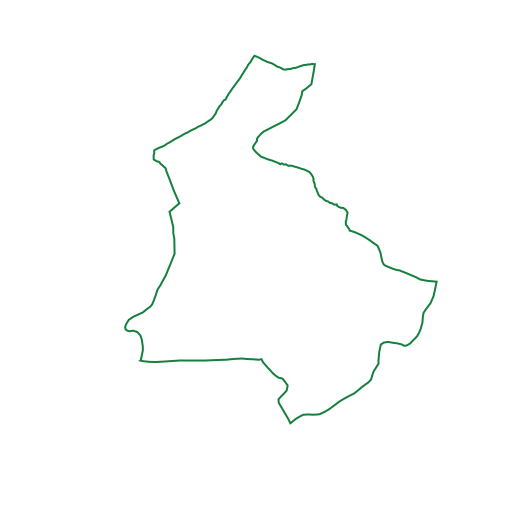 the district of Thies, Thiès, Senegal, rotated 57°
{"feature_id": "50182788B65872214095625", "entity_name": "Thies", "entity_type": "district", "adm_level": 2, "iso_a3": "SEN", "parent_name": "Senegal", "parent_adm1": "Thiès", "projection": "natural_earth1", "projection_center": [-16.945, 14.73], "detail": "fine", "context": "isolated", "style": "outline", "palette": "green", "viewbox_px": 512, "rotation_deg": 57, "n_neighbors": 0, "source": "geoboundaries", "source_scale": "gbopen_adm2", "svg_char_len": 5208}
<svg xmlns="http://www.w3.org/2000/svg" viewBox="0 0 512 512"><g transform="rotate(57 256 256)"><path d="M375.9,118.5L373.7,121.3L370.8,125.1L368.6,127.5L365.0,131.2L361.5,133.0L357.2,135.9L352.1,139.3L349.3,141.3L347.3,142.8L346.3,143.4L344.3,145.7L339.9,149.2L337.7,150.6L334.9,152.6L332.6,153.5L329.1,153.0L325.5,151.6L320.9,149.8L317.8,149.2L315.5,148.8L313.5,148.5L310.6,149.8L305.6,151.7L300.5,153.9L296.1,156.1L290.1,160.0L285.8,163.4L285.7,163.6L284.3,163.2L282.6,163.3L281.9,163.4L280.9,163.2L279.8,163.3L278.9,163.6L277.7,163.1L277.0,162.4L275.9,161.9L274.9,160.4L273.9,159.7L272.8,158.7L271.5,157.6L270.7,156.7L270.0,156.0L269.3,155.5L267.5,155.6L266.4,155.4L264.8,156.1L263.4,156.5L262.6,157.4L262.1,158.3L260.8,159.2L260.1,159.7L259.1,160.2L258.3,160.6L256.7,160.2L256.0,161.9L255.2,162.6L253.6,163.3L252.5,164.1L251.5,165.3L249.9,165.6L248.9,166.4L247.9,167.3L246.2,168.0L244.6,168.4L243.0,168.7L241.6,169.8L239.6,170.2L238.3,170.2L236.4,169.7L234.7,169.5L234.1,169.4L232.8,168.9L230.5,168.9L229.0,168.4L227.5,167.5L225.4,167.1L223.9,166.7L222.8,165.8L220.8,165.2L218.8,165.1L216.3,165.2L214.8,165.4L213.6,166.0L212.2,166.9L211.0,167.6L209.4,168.7L208.0,170.1L206.5,171.2L204.6,172.7L203.2,174.0L201.7,175.3L200.2,176.4L199.1,177.7L198.1,179.6L196.9,180.3L195.4,181.0L194.6,182.7L194.2,183.1L193.1,183.4L192.4,184.0L192.2,185.7L191.5,186.1L191.1,186.0L185.1,190.2L181.8,193.1L178.9,195.2L176.9,196.6L175.4,197.8L173.3,198.2L172.1,198.6L169.7,199.3L167.9,199.6L164.7,200.0L163.0,199.1L162.0,197.4L160.0,192.5L158.3,191.4L157.6,190.0L157.1,188.2L156.5,186.2L156.2,184.9L155.8,181.7L156.2,178.2L156.6,173.9L157.2,168.5L157.9,161.6L158.2,157.3L155.0,142.1L150.5,135.9L145.9,130.0L143.0,127.4L142.9,122.5L142.8,122.0L142.1,116.0L138.7,112.8L132.4,106.9L127.2,102.2L126.9,102.7L126.2,103.5L125.5,104.4L125.1,105.3L124.6,106.8L123.8,107.8L123.2,109.4L122.6,110.6L122.1,111.4L121.7,112.6L121.4,113.6L121.2,114.6L120.8,116.0L120.5,117.2L120.3,118.3L120.0,119.2L119.8,120.3L119.7,120.5L119.0,121.8L118.6,122.9L118.3,123.8L117.9,125.0L117.7,125.7L117.2,126.4L116.8,127.5L116.1,128.4L116.0,129.5L115.0,130.7L114.5,131.4L113.5,131.9L112.7,132.3L111.4,132.9L109.8,134.1L108.4,135.3L107.3,135.7L106.3,136.1L105.1,136.7L104.0,137.3L102.8,137.9L101.9,138.8L100.9,139.6L99.9,140.4L99.2,141.0L98.5,141.3L98.4,141.4L96.8,142.4L95.2,143.4L93.7,144.2L92.1,145.0L90.9,145.7L90.0,146.3L88.7,147.2L87.6,147.9L87.3,148.1L87.8,150.0L88.5,151.3L88.9,152.4L89.6,153.5L90.4,155.1L90.8,156.6L91.1,157.5L91.4,158.5L92.2,159.9L93.1,161.4L93.6,162.8L94.2,164.1L94.7,165.4L95.6,167.0L96.3,168.9L97.1,170.4L98.1,172.3L98.7,173.9L99.2,175.2L99.7,176.8L100.4,178.4L100.8,179.7L101.3,180.9L101.8,182.2L102.4,184.0L103.1,185.7L103.7,187.0L104.4,188.8L105.0,190.5L105.9,192.0L106.5,193.4L107.0,194.5L107.5,195.1L108.2,196.2L107.9,197.9L108.7,200.3L109.9,202.5L110.7,205.5L111.5,206.9L111.6,207.2L112.5,209.2L113.5,210.9L114.5,212.0L115.1,213.8L115.9,215.5L116.5,217.3L116.8,218.4L116.9,219.5L117.0,220.9L116.9,222.1L117.0,223.7L117.0,224.8L117.1,226.5L116.9,228.1L116.7,229.4L116.6,231.3L116.3,233.0L116.0,234.5L116.1,235.7L116.0,237.1L115.8,238.7L115.5,240.5L115.4,241.9L115.2,243.1L115.2,244.9L115.2,246.0L114.8,247.9L114.7,249.3L114.5,251.0L114.5,252.9L114.4,254.4L114.3,256.2L114.0,258.2L113.8,260.4L113.8,262.0L113.7,263.7L113.7,265.6L113.6,267.5L113.4,269.2L113.5,271.0L113.5,272.8L113.3,274.3L113.1,275.5L112.7,277.4L112.4,278.8L112.2,280.4L112.0,282.6L112.0,283.9L114.5,285.4L115.9,287.1L119.3,289.2L120.5,288.6L122.1,287.9L124.6,285.9L126.7,285.9L128.6,285.1L130.9,284.7L132.4,284.1L134.1,284.2L136.1,285.0L143.1,286.4L157.4,289.5L170.1,291.6L170.1,291.9L171.8,304.4L186.8,309.7L191.5,312.8L197.0,315.1L209.8,323.1L214.0,329.1L223.0,342.0L226.1,347.8L228.6,352.4L230.5,356.8L234.6,361.9L237.5,365.7L240.0,369.4L240.9,372.2L241.1,376.9L241.7,381.5L241.0,386.2L240.2,391.3L240.2,397.3L242.1,401.4L244.2,404.4L246.5,405.3L248.2,404.8L250.1,403.3L251.7,399.7L255.2,396.9L259.5,396.2L264.2,397.4L270.4,400.3L273.4,402.2L278.2,406.9L280.1,408.9L280.6,409.5L280.8,409.7L280.8,409.8L282.8,407.9L286.9,402.8L290.3,397.8L294.4,390.7L298.4,383.5L302.4,376.4L304.9,372.6L309.7,365.3L316.2,355.2L319.9,348.9L326.9,337.2L330.4,330.4L334.3,323.7L337.7,319.4L341.3,314.3L344.6,310.1L345.5,307.6L348.7,308.0L356.6,306.9L359.1,306.4L363.7,305.7L367.6,304.5L369.6,303.6L370.5,303.3L371.3,302.4L373.3,300.5L377.1,300.2L381.8,300.0L383.4,301.4L385.6,303.7L386.4,306.7L387.4,311.3L387.9,313.1L388.4,315.1L391.5,316.9L400.1,317.2L410.6,317.7L415.0,318.3L415.0,318.1L414.3,311.5L414.5,307.0L414.8,303.0L417.4,298.4L420.1,294.7L421.7,292.0L423.3,289.1L424.1,283.7L424.3,278.3L424.3,277.5L423.5,265.3L423.5,263.1L423.7,259.4L424.2,253.1L424.6,249.7L424.7,248.6L424.7,248.4L424.4,245.0L423.5,237.5L423.2,230.6L423.2,230.3L422.3,226.9L418.7,222.6L416.8,220.1L413.0,211.8L410.6,210.4L406.2,207.0L403.4,204.7L400.1,201.4L398.2,199.5L398.3,195.7L400.1,191.9L402.4,189.5L406.4,184.9L409.7,181.8L412.0,180.7L413.1,178.3L413.3,175.1L413.3,174.2L412.3,170.3L411.9,168.1L411.0,164.6L409.3,161.2L406.9,157.7L402.5,152.7L397.9,149.2L394.9,146.4L393.3,142.7L390.7,135.5L386.5,129.1L382.0,124.5L375.9,118.5Z" fill="none" stroke="#15803d" stroke-width="2"/></g></svg>